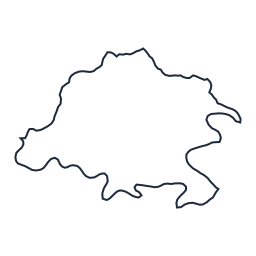 outline of Abdon Batista, Santa Catarina, Brazil
{"feature_id": "56859067B29190973569639", "entity_name": "Abdon Batista", "entity_type": "district", "adm_level": 2, "iso_a3": "BRA", "parent_name": "Brazil", "parent_adm1": "Santa Catarina", "projection": "mercator", "projection_center": [-51.047, -27.584], "detail": "fine", "context": "isolated", "style": "outline", "palette": "slate", "viewbox_px": 256, "rotation_deg": 0, "n_neighbors": 0, "source": "geoboundaries", "source_scale": "gbopen_adm2", "svg_char_len": 2660}
<svg xmlns="http://www.w3.org/2000/svg" viewBox="0 0 256 256"><path d="M215.9,99.4L213.9,97.6L212.0,94.7L209.3,92.4L210.9,88.4L211.3,85.3L210.3,82.2L207.4,79.0L204.5,79.9L201.3,78.6L198.5,77.4L195.7,76.1L193.1,75.4L189.6,78.0L186.8,78.0L183.4,77.1L180.6,75.4L178.0,75.7L175.4,75.4L172.7,75.6L169.4,75.9L165.1,74.8L162.3,72.2L160.8,69.6L158.2,68.8L155.5,65.8L153.8,61.5L152.0,58.2L149.7,56.5L148.1,54.1L145.6,50.8L143.1,48.5L139.8,50.3L136.2,51.4L133.6,53.0L130.1,54.4L126.1,53.8L123.4,54.6L119.2,54.3L116.6,56.5L113.9,54.0L111.2,52.5L107.5,52.2L104.9,56.3L103.2,58.7L102.3,62.3L101.7,65.2L99.5,67.0L96.7,68.6L93.7,71.1L90.1,72.0L86.6,71.6L82.4,71.2L78.7,71.7L75.0,73.1L71.3,75.7L69.6,78.5L69.1,82.2L65.9,84.3L62.2,87.2L61.1,90.8L59.7,94.6L61.0,98.7L60.6,103.8L58.0,107.2L56.7,111.2L54.6,116.2L53.7,120.1L51.4,123.6L48.0,126.1L43.9,128.4L40.5,130.0L36.5,130.7L33.0,128.9L29.5,129.1L27.9,131.9L26.9,134.8L25.1,138.2L20.6,138.3L23.2,141.2L23.4,144.2L21.9,147.4L18.6,150.5L16.3,152.9L15.4,157.1L16.0,160.7L17.7,163.3L21.1,164.7L25.0,166.1L28.6,168.0L32.0,169.9L36.2,170.5L40.8,169.6L43.5,168.0L45.4,165.8L48.0,162.2L51.1,158.9L54.7,157.8L57.8,159.5L60.1,164.4L62.2,166.6L64.8,167.7L67.3,167.2L70.0,165.8L72.8,165.2L77.2,165.9L79.8,168.1L82.0,171.1L84.2,174.3L86.3,176.3L89.9,177.9L94.6,177.3L97.1,175.9L99.4,174.4L102.0,173.5L104.7,173.5L107.1,176.2L107.7,181.4L106.3,184.3L104.7,186.7L103.5,189.4L102.3,193.6L102.7,198.6L106.7,200.0L109.8,198.4L112.0,196.2L114.5,193.8L116.8,191.7L119.2,190.6L121.8,190.5L125.5,191.6L128.6,193.3L132.3,195.7L135.7,197.0L138.7,197.5L141.5,195.4L139.3,192.3L135.9,190.5L134.5,187.3L136.5,184.6L141.6,185.1L147.2,186.0L150.8,186.5L154.7,187.2L158.5,186.7L161.0,185.6L164.2,183.9L167.8,183.6L171.3,184.0L174.9,183.4L180.1,183.3L183.2,184.0L186.0,186.7L186.0,189.9L183.6,192.8L181.1,195.1L179.2,197.2L177.4,199.4L176.4,202.8L177.0,207.5L181.0,207.1L185.0,204.4L188.8,203.1L192.8,202.8L196.6,203.8L199.6,204.7L202.8,204.5L206.9,202.2L209.9,199.5L212.9,197.5L215.9,192.3L218.4,189.0L215.7,187.2L213.3,184.5L210.5,181.6L207.5,177.9L204.0,175.1L200.5,173.2L197.7,171.1L193.2,168.5L189.4,165.0L187.3,161.8L186.3,158.3L186.4,154.6L188.2,152.0L190.7,149.9L193.8,148.7L197.3,147.6L200.5,146.6L203.7,145.8L206.4,145.1L209.2,144.0L212.1,142.5L215.2,142.2L219.5,142.0L220.9,138.0L219.8,134.2L218.1,131.5L215.0,129.7L211.9,128.2L208.6,124.7L206.4,119.8L207.8,115.9L211.1,114.0L214.5,113.7L217.9,113.4L221.6,113.4L225.5,114.0L229.1,115.1L232.9,117.6L235.8,121.2L240.2,122.5L240.6,119.0L239.0,115.6L237.6,113.1L235.4,110.9L232.3,109.1L228.4,107.9L224.8,106.3L221.6,104.6L217.6,103.2L215.9,99.4Z" fill="none" stroke="#1e293b" stroke-width="2"/></svg>